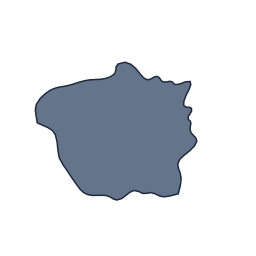 SVG path tracing the border of Aguascalientes, rotated 46°
{"feature_id": "MEX-2717", "entity_name": "Aguascalientes", "entity_type": "State", "adm_level": 1, "iso_a3": "MEX", "parent_name": "Mexico", "parent_adm1": "", "projection": "natural_earth1", "projection_center": [-102.327, 22.067], "detail": "fine", "context": "isolated", "style": "filled", "palette": "slate", "viewbox_px": 256, "rotation_deg": 46, "n_neighbors": 0, "source": "natural_earth", "source_scale": "10m", "svg_char_len": 1624}
<svg xmlns="http://www.w3.org/2000/svg" viewBox="0 0 256 256"><g transform="rotate(46 128 128)"><path d="M210.3,137.7L209.8,138.3L209.4,138.9L209.1,139.6L208.8,140.2L205.6,145.7L202.7,149.7L199.2,152.4L193.9,154.3L190.4,156.4L188.1,159.7L185.4,162.8L181.1,164.4L177.1,167.1L175.5,171.4L175.0,176.6L174.3,181.7L172.1,186.0L169.0,187.8L165.3,188.7L161.4,190.6L157.9,193.9L154.7,197.4L151.4,200.8L147.5,203.5L143.0,204.9L138.5,205.0L134.0,204.4L129.3,203.7L124.2,202.9L119.1,201.9L114.0,201.0L108.9,200.2L101.4,198.0L95.2,193.8L89.2,189.0L82.5,185.0L77.5,184.1L71.8,185.4L66.2,187.7L61.3,189.7L55.8,185.9L50.8,182.3L47.3,177.5L45.7,170.1L45.8,165.9L46.1,161.9L46.8,157.9L48.1,154.1L50.0,150.4L52.2,147.1L54.5,143.7L56.6,140.3L59.0,135.6L61.4,130.7L64.1,126.0L67.0,121.8L70.4,117.9L73.8,114.0L76.8,109.7L79.0,104.8L79.7,99.8L77.9,96.5L75.6,93.8L75.1,90.6L78.7,84.4L84.1,81.7L90.3,81.1L96.1,81.5L98.8,81.8L102.0,81.9L105.0,81.4L107.3,80.0L108.4,77.9L109.1,75.5L109.7,73.2L110.9,71.4L111.4,71.1L112.0,70.9L112.5,70.7L113.1,70.6L114.7,70.7L116.2,71.0L117.8,71.1L119.3,70.6L121.1,69.0L122.4,67.0L123.8,65.1L125.8,64.1L129.0,64.2L131.4,61.7L133.2,58.1L134.7,54.6L137.7,51.0L140.4,52.7L142.6,57.0L144.0,61.4L145.5,65.1L147.8,69.6L150.7,72.4L154.0,71.3L154.9,70.2L155.8,69.5L156.9,68.9L158.0,68.7L160.1,70.7L160.9,73.6L161.6,76.6L163.6,78.6L166.7,78.5L168.6,79.8L170.1,82.0L172.3,84.5L175.5,86.0L178.9,86.0L182.3,86.1L185.3,87.7L187.1,92.6L187.2,99.4L186.6,106.5L186.5,112.4L188.4,117.2L192.2,119.8L196.7,121.8L200.9,124.6L203.6,127.6L206.0,130.8L208.1,134.1L210.3,137.7Z" fill="#64748b" stroke="#1e293b" stroke-width="1.5"/></g></svg>